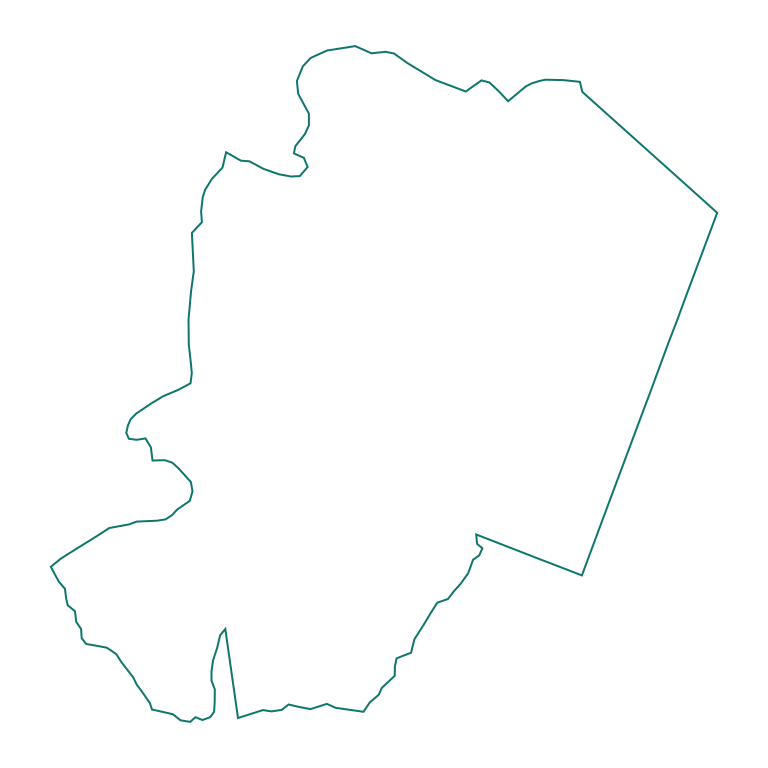 Jataúba, Pernambuco, Brazil
{"feature_id": "56859067B12457133814695", "entity_name": "Jataúba", "entity_type": "district", "adm_level": 2, "iso_a3": "BRA", "parent_name": "Brazil", "parent_adm1": "Pernambuco", "projection": "mercator", "projection_center": [-36.582, -8.057], "detail": "fine", "context": "isolated", "style": "outline", "palette": "teal", "viewbox_px": 768, "rotation_deg": 0, "n_neighbors": 0, "source": "geoboundaries", "source_scale": "gbopen_adm2", "svg_char_len": 1996}
<svg xmlns="http://www.w3.org/2000/svg" viewBox="0 0 768 768"><path d="M385.6,51.8L371.5,53.3L355.2,46.1L327.2,50.5L316.6,55.2L310.6,58.0L302.8,66.4L296.9,81.0L298.2,93.8L308.9,113.7L308.9,125.4L304.9,134.1L295.3,146.3L293.9,153.4L303.9,157.9L307.6,167.0L299.8,176.1L290.9,176.5L278.6,174.2L263.3,168.8L249.4,161.3L241.0,160.7L226.1,152.3L222.5,167.6L211.7,179.1L205.1,189.9L202.8,196.9L201.1,211.3L201.9,222.2L191.9,232.9L193.8,271.4L191.1,290.9L188.5,319.8L188.8,344.7L190.9,363.3L191.8,373.2L190.5,383.3L177.9,390.0L163.3,396.1L151.6,403.2L136.3,413.5L130.6,419.3L128.0,425.3L126.3,432.8L128.9,438.8L136.7,439.8L145.5,438.4L150.9,447.4L152.5,460.5L164.9,460.2L172.2,462.6L178.8,468.6L190.9,482.1L192.5,491.4L189.8,500.8L177.1,509.6L172.2,515.0L165.5,519.4L156.9,520.7L136.6,521.6L129.0,524.4L109.3,528.0L97.3,535.8L67.1,554.6L60.5,558.9L50.8,566.8L58.8,581.6L65.0,588.9L66.1,598.3L67.8,605.4L75.0,611.2L76.2,621.8L81.1,629.0L81.7,638.3L86.2,644.0L95.7,645.6L106.8,647.7L116.3,654.1L121.4,662.2L125.3,667.2L133.3,677.5L136.7,684.6L142.0,691.7L149.9,703.1L152.0,709.5L162.2,711.8L172.8,714.2L180.5,720.3L190.2,721.9L195.4,717.2L202.5,720.0L210.2,717.2L214.1,711.8L214.7,701.8L214.8,689.3L211.5,680.7L211.5,671.3L213.0,660.5L217.2,647.7L220.1,635.3L225.3,629.0L238.0,718.0L262.9,710.1L271.6,711.4L281.7,709.9L288.6,704.5L298.9,706.9L310.5,709.1L326.8,703.9L335.7,707.8L363.5,711.8L369.8,702.4L378.8,694.7L381.7,688.0L394.7,675.8L394.9,666.5L396.6,658.4L403.0,655.8L411.0,652.8L414.4,639.3L424.2,623.9L429.7,614.7L437.2,602.7L447.9,599.0L453.9,591.3L460.5,583.9L468.2,573.2L473.1,559.7L479.2,555.4L482.4,548.3L477.1,543.9L476.2,534.5L539.0,558.9L581.9,575.4L605.8,511.0L645.7,404.2L648.4,397.2L669.0,341.3L676.4,322.2L686.3,295.3L717.2,212.8L695.3,193.1L582.3,91.9L579.9,81.8L563.3,80.1L545.3,79.7L539.0,81.1L531.4,83.5L525.7,86.5L508.1,101.2L499.4,91.9L489.5,82.5L481.5,80.4L471.5,87.4L465.8,91.5L435.5,80.1L407.3,63.0L394.0,53.5L385.6,51.8Z" fill="none" stroke="#0f766e" stroke-width="2"/></svg>